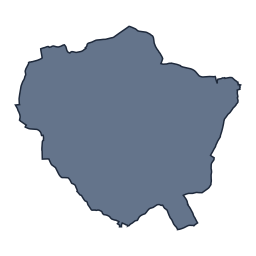 Tritenii De Jos, Cluj, Romania (Robinson projection)
{"feature_id": "2599482B80475446789021", "entity_name": "Tritenii De Jos", "entity_type": "district", "adm_level": 2, "iso_a3": "ROU", "parent_name": "Romania", "parent_adm1": "Cluj", "projection": "robinson", "projection_center": [24.012, 46.587], "detail": "fine", "context": "isolated", "style": "filled", "palette": "slate", "viewbox_px": 256, "rotation_deg": 0, "n_neighbors": 0, "source": "geoboundaries", "source_scale": "gbopen_adm2", "svg_char_len": 5688}
<svg xmlns="http://www.w3.org/2000/svg" viewBox="0 0 256 256"><path d="M193.9,225.8L194.7,225.0L195.4,224.4L197.6,222.9L196.7,221.4L194.7,217.5L194.1,216.7L193.5,215.4L192.8,213.2L190.3,208.5L189.5,207.2L188.6,206.0L188.1,205.2L187.8,204.8L188.1,204.7L187.5,203.3L187.4,202.7L187.2,201.7L186.9,200.8L186.3,199.6L185.7,198.6L183.3,195.3L186.1,194.1L187.8,193.6L188.7,193.4L192.5,193.4L196.0,192.5L196.9,192.4L198.2,192.6L202.1,192.7L207.6,188.8L208.8,187.8L209.3,187.1L210.2,185.7L210.7,185.0L210.9,184.6L211.0,184.1L210.9,184.0L210.9,183.5L211.3,181.3L211.3,180.7L211.3,179.9L211.3,179.7L211.2,179.5L211.1,176.0L211.1,174.8L211.6,172.0L211.4,169.9L211.1,168.5L211.2,164.8L211.3,164.3L211.4,163.7L211.8,162.8L213.8,160.0L214.0,159.4L214.1,157.7L211.9,156.4L210.5,155.3L211.3,153.9L212.5,151.9L214.2,148.7L215.1,147.3L215.6,146.2L216.0,144.7L216.8,143.2L217.6,141.3L220.2,137.0L220.3,136.7L220.4,135.6L221.6,131.8L222.5,128.4L223.5,123.8L223.9,121.1L224.5,119.0L226.1,117.0L227.8,114.5L228.3,114.0L229.6,112.9L230.3,112.1L232.0,109.7L233.2,107.9L234.5,106.7L235.3,105.8L235.8,105.3L236.2,104.3L237.2,103.2L237.9,102.2L238.0,100.4L237.4,98.1L237.4,97.4L237.9,96.9L237.7,96.3L237.8,96.1L237.5,94.6L237.3,93.5L237.3,92.4L237.4,91.6L237.2,90.1L240.0,89.2L240.0,88.9L239.7,88.5L239.6,88.3L240.2,87.0L239.8,86.6L239.5,86.0L239.8,85.6L240.6,85.0L239.9,84.7L239.4,84.6L238.8,84.6L238.2,84.7L238.1,83.2L238.0,82.7L237.8,82.9L237.6,82.8L237.5,82.6L237.2,81.9L237.0,81.6L234.7,80.0L232.6,78.1L231.9,77.6L230.7,77.5L229.6,77.5L225.8,78.2L225.1,78.4L225.0,77.9L224.7,77.7L223.7,78.0L222.7,77.9L222.3,78.0L221.3,78.6L217.9,79.2L217.2,81.2L217.2,81.7L217.3,82.6L217.3,83.5L217.1,83.0L217.0,82.6L216.6,81.6L215.9,79.2L215.7,78.3L215.5,77.3L215.2,76.5L213.8,76.7L209.5,76.5L202.8,77.0L201.5,76.8L200.3,76.4L199.4,76.0L198.8,75.5L195.4,71.5L194.3,70.6L193.7,70.2L192.7,69.6L190.8,68.8L188.5,68.3L182.8,67.0L181.9,66.7L180.8,66.2L180.4,65.9L180.4,65.6L177.0,64.4L171.6,63.2L171.6,63.3L169.1,63.3L166.6,64.0L164.3,64.1L163.2,64.2L160.9,63.6L161.6,61.9L162.7,58.7L162.4,58.2L162.4,57.6L162.3,57.4L160.3,53.8L159.7,52.9L159.1,52.3L158.7,51.4L157.0,49.1L155.5,46.5L154.2,43.1L153.6,38.7L153.4,37.7L153.0,36.7L152.5,35.9L151.9,35.6L150.0,34.1L146.7,32.4L145.5,32.1L139.0,31.2L137.6,30.7L136.3,29.5L135.3,28.8L132.1,27.4L129.8,26.5L129.1,26.4L128.9,26.4L128.7,26.6L126.2,28.4L119.4,33.1L113.7,37.2L113.3,37.4L112.3,37.7L111.1,37.9L105.6,39.3L103.1,39.4L100.6,39.7L97.3,40.0L96.0,40.2L93.1,41.5L92.4,41.9L90.0,42.7L89.1,42.9L88.4,43.2L88.0,43.4L87.3,44.1L87.2,44.4L87.0,44.9L86.9,45.8L86.7,46.2L85.5,47.8L85.3,47.9L85.8,48.5L84.0,49.7L83.4,50.3L82.9,50.6L81.4,51.4L76.6,52.4L75.8,52.4L73.3,51.8L71.9,51.6L71.0,52.0L70.6,52.2L69.9,53.0L69.4,52.9L67.8,52.0L67.5,51.5L67.0,50.6L66.7,49.9L66.4,48.6L65.9,46.9L65.6,46.4L64.8,45.3L64.4,44.8L64.2,44.8L62.6,45.3L61.2,46.1L58.8,46.9L58.0,47.0L57.3,46.9L56.4,46.8L53.6,46.0L53.2,46.0L52.7,46.1L51.8,46.4L51.1,46.9L49.7,47.2L49.4,47.4L49.2,47.4L48.8,46.8L48.5,46.6L48.1,46.5L47.5,46.6L46.7,46.8L44.3,47.7L43.3,47.9L40.7,48.8L40.8,50.0L42.2,57.9L41.7,58.2L41.4,58.4L41.1,58.7L39.9,59.3L38.2,60.0L37.4,60.3L32.3,61.7L31.2,61.8L30.9,62.0L29.3,62.1L28.6,62.6L28.7,62.9L28.6,63.6L25.9,68.8L25.3,70.6L25.2,71.0L25.2,71.6L25.6,73.7L25.7,74.6L25.6,75.2L24.9,76.5L24.4,78.6L23.7,80.1L22.9,81.3L22.4,82.5L21.3,85.4L21.0,86.5L19.6,94.8L19.1,98.5L19.1,99.7L19.3,103.7L19.6,104.6L15.4,105.0L17.4,108.5L18.0,110.4L19.0,112.4L19.8,114.6L20.1,116.3L20.1,117.0L20.0,117.9L19.5,120.1L20.2,120.5L20.3,121.0L26.3,125.1L25.4,126.3L25.2,127.1L28.7,128.6L30.2,128.9L36.9,129.4L37.5,129.6L39.2,130.6L40.3,131.8L41.1,133.4L41.4,135.0L41.6,135.5L43.0,135.2L43.1,135.5L43.5,137.0L43.5,137.4L43.6,138.2L43.4,139.1L43.5,140.2L43.5,140.4L43.3,140.5L43.0,140.5L42.9,140.6L42.4,141.4L42.3,142.4L41.9,148.2L41.9,148.9L41.9,150.2L42.1,151.0L42.3,159.1L47.7,158.9L49.0,159.1L49.1,159.6L49.6,160.7L49.9,161.4L50.8,163.4L51.2,164.1L51.8,164.9L55.5,167.6L58.5,173.6L59.3,175.0L60.0,175.9L60.4,176.4L61.3,177.2L61.6,177.4L62.1,177.6L64.5,177.6L66.7,177.7L67.9,177.8L68.3,178.0L68.7,178.3L69.6,179.5L70.1,180.2L71.4,182.8L71.7,183.2L71.9,183.4L73.2,183.9L74.6,184.7L74.9,185.0L75.4,185.7L75.8,186.9L77.0,189.6L77.2,190.3L77.3,190.8L77.2,191.0L76.9,191.3L77.0,191.5L77.8,192.2L78.8,193.5L80.0,194.9L80.4,195.1L81.3,195.3L81.5,195.5L82.9,197.9L84.5,200.3L85.2,201.0L86.5,201.5L86.9,201.9L87.2,202.2L87.7,204.1L88.2,205.2L88.7,205.8L90.1,207.9L91.3,209.8L91.6,210.0L92.1,210.2L93.3,210.1L95.4,210.1L96.1,210.4L97.6,210.1L98.7,210.1L99.2,210.2L100.8,211.0L101.4,211.3L101.8,211.7L102.1,212.2L102.6,213.5L102.9,213.8L103.8,214.6L105.3,214.8L106.9,215.2L108.7,216.0L109.3,216.5L109.7,216.7L110.2,217.5L111.1,218.5L111.7,219.0L113.3,219.6L114.9,220.1L115.9,220.2L118.9,221.6L118.6,222.2L117.4,223.7L118.4,224.4L119.7,225.2L119.5,226.8L121.5,226.8L121.4,225.7L121.7,224.3L122.2,223.0L125.0,224.2L126.0,224.8L127.0,225.0L127.5,225.5L127.5,225.9L127.8,225.6L128.7,225.8L130.4,224.1L132.2,223.1L135.0,220.9L136.1,220.6L137.2,220.4L137.6,220.0L138.4,218.4L139.3,216.9L140.6,215.7L142.6,214.6L144.9,213.8L145.3,213.5L145.6,213.1L146.5,212.1L147.4,210.8L148.9,209.1L150.5,208.1L151.0,208.1L153.2,207.4L156.6,205.1L157.2,204.8L158.1,204.6L159.5,204.6L160.5,205.1L161.3,205.4L162.1,205.1L162.8,205.3L163.2,206.2L164.1,207.6L164.8,208.5L165.7,208.9L166.2,209.6L166.7,209.8L167.1,210.2L169.1,215.4L169.6,216.4L169.9,217.2L170.2,217.8L171.7,219.7L172.7,221.8L173.6,223.9L175.0,225.8L175.7,226.4L176.4,227.3L176.6,227.7L177.1,228.4L177.5,229.2L177.5,229.6L179.8,229.2L181.7,228.6L183.8,227.8L187.7,225.8L188.8,225.4L190.0,225.3L191.5,225.4L193.0,225.4L193.5,225.4L193.9,225.8Z" fill="#64748b" stroke="#1e293b" stroke-width="1.5"/></svg>